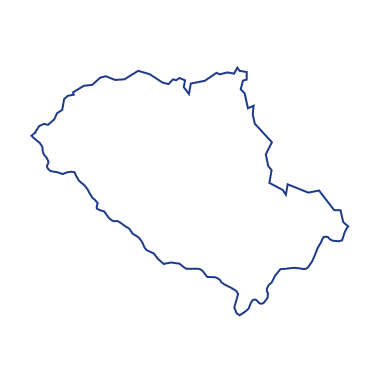 Kriva Palanka, Kriva Palanka, North Macedonia (Equal Earth projection), rotated 169°
{"feature_id": "65306769B37694813292745", "entity_name": "Kriva Palanka", "entity_type": "district", "adm_level": 2, "iso_a3": "MKD", "parent_name": "North Macedonia", "parent_adm1": "Kriva Palanka", "projection": "equal_earth", "projection_center": [22.335, 42.244], "detail": "fine", "context": "isolated", "style": "outline", "palette": "blue", "viewbox_px": 384, "rotation_deg": 169, "n_neighbors": 0, "source": "geoboundaries", "source_scale": "gbopen_adm2", "svg_char_len": 2677}
<svg xmlns="http://www.w3.org/2000/svg" viewBox="0 0 384 384"><g transform="rotate(169 192 192)"><path d="M289.5,310.1L295.6,310.1L299.8,307.6L303.7,297.4L309.4,295.1L313.4,289.6L320.5,285.4L324.5,287.1L329.4,285.9L334.4,280.7L334.4,280.1L335.8,279.6L338.8,277.9L337.5,275.8L334.7,272.4L332.1,269.2L330.7,266.0L330.3,264.2L330.8,260.0L330.1,256.7L328.1,253.2L327.1,249.0L328.0,247.1L329.5,245.2L329.5,244.2L329.1,242.6L327.0,239.6L323.7,238.3L321.1,237.4L315.4,234.3L311.9,235.0L309.4,235.1L306.8,234.9L304.0,234.1L303.2,233.2L303.2,231.8L302.2,228.7L301.4,226.4L300.9,224.9L299.3,222.7L296.8,219.7L295.0,216.7L293.6,213.4L293.2,211.6L290.8,205.0L289.4,203.7L287.6,200.8L286.7,198.9L287.5,197.5L288.2,196.1L288.6,194.5L288.4,193.7L288.0,193.3L285.4,191.4L282.0,189.8L279.7,184.8L278.4,182.2L276.5,179.9L274.6,178.3L270.9,177.8L268.8,176.2L265.2,172.4L263.9,170.9L261.0,168.4L260.4,167.6L258.3,162.5L254.9,159.4L253.2,157.7L252.0,155.6L250.6,152.6L249.8,149.3L249.2,146.4L247.6,143.6L244.5,141.3L241.2,138.9L238.4,133.2L235.0,128.7L233.2,126.5L232.0,126.9L225.6,126.7L220.6,124.9L219.3,124.5L218.2,124.2L213.7,119.0L212.1,117.7L210.9,117.4L205.3,116.4L201.1,115.6L199.8,115.1L199.3,114.9L198.7,114.5L197.2,113.2L196.6,112.4L193.3,105.7L185.8,104.0L184.2,103.0L182.8,101.9L181.3,100.2L180.3,97.7L178.3,95.5L175.6,93.3L172.2,90.8L170.0,88.8L168.0,86.9L167.2,86.0L166.2,83.1L168.8,77.8L172.5,70.7L171.4,64.7L170.9,64.0L168.8,61.9L163.3,64.1L162.0,64.8L160.2,65.8L159.5,66.2L158.5,67.0L156.9,69.6L155.4,71.8L154.1,73.3L152.8,74.3L151.1,74.5L150.3,74.2L149.4,73.6L148.1,71.6L147.5,70.4L146.6,69.7L145.4,69.1L143.7,69.2L143.1,69.3L142.5,69.7L138.1,73.6L136.7,78.0L136.9,78.4L137.4,80.0L137.2,82.0L136.9,82.9L134.4,86.1L133.9,86.4L131.4,87.7L130.0,89.3L126.5,93.9L119.9,99.4L114.0,98.7L106.7,98.2L99.5,96.1L98.3,95.3L95.6,94.9L94.6,95.0L92.6,95.8L87.4,100.9L82.6,107.8L79.3,113.1L74.7,118.3L73.4,120.4L71.3,122.7L69.7,122.7L67.4,122.0L66.4,120.5L65.2,118.9L64.2,118.1L63.2,117.4L57.6,115.7L53.9,115.9L52.0,119.4L50.5,122.1L49.6,123.7L46.6,127.3L45.2,128.4L49.3,133.6L49.7,145.8L55.9,147.0L67.0,169.2L78.0,169.2L96.6,181.3L100.4,171.4L102.5,176.6L114.3,186.2L109.7,198.3L112.2,202.9L112.4,214.8L104.1,225.6L117.3,247.0L117.6,256.4L115.1,264.9L121.1,263.5L121.5,278.8L124.6,283.5L120.7,291.6L116.9,291.9L115.4,299.3L122.2,301.9L123.8,305.4L128.1,300.2L134.4,302.6L142.4,302.2L145.2,304.3L158.2,298.7L172.5,298.7L176.3,288.8L180.1,296.6L177.5,302.9L182.5,306.3L186.2,304.7L189.2,306.2L194.5,302.4L200.1,305.1L211.0,315.7L221.7,321.2L236.9,315.5L246.2,316.7L254.5,322.1L260.4,321.7L269.5,316.2L277.9,316.9L289.8,312.5L289.5,310.1Z" fill="none" stroke="#1e3a8a" stroke-width="2"/></g></svg>